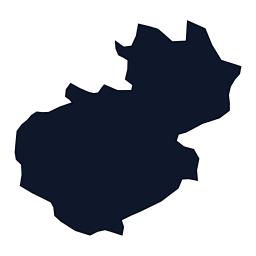 map outline of Santiago (Mercator projection)
{"feature_id": "DOM-1390", "entity_name": "Santiago", "entity_type": "Province", "adm_level": 1, "iso_a3": "DOM", "parent_name": "Dominican Republic", "parent_adm1": "", "projection": "mercator", "projection_center": [-70.906, 19.338], "detail": "fine", "context": "isolated", "style": "filled", "palette": "ink", "viewbox_px": 256, "rotation_deg": 0, "n_neighbors": 0, "source": "natural_earth", "source_scale": "10m", "svg_char_len": 1105}
<svg xmlns="http://www.w3.org/2000/svg" viewBox="0 0 256 256"><path d="M240.6,66.8L239.3,73.7L234.5,79.1L230.1,86.5L228.2,95.0L229.1,102.7L229.1,110.3L224.1,114.1L219.3,117.7L202.3,123.2L186.1,131.8L178.2,134.0L175.9,141.0L183.7,147.0L193.5,149.7L198.6,158.7L196.3,170.3L197.2,180.1L188.8,178.4L181.8,178.8L177.9,188.0L161.0,200.8L141.0,210.6L130.4,215.2L121.0,219.8L123.3,227.1L121.9,234.7L113.6,232.0L105.2,229.4L97.4,231.1L90.0,234.8L75.4,230.2L61.1,221.0L55.0,215.5L54.0,207.0L51.2,201.9L45.9,199.2L32.7,192.7L20.6,185.5L22.3,174.8L21.8,164.4L16.5,159.3L15.4,152.2L16.3,141.6L17.3,131.3L21.9,125.1L27.7,120.2L31.7,115.6L36.7,112.3L42.7,112.9L48.8,112.6L60.5,107.0L72.8,102.8L70.0,99.4L65.8,96.4L66.5,89.6L70.7,83.8L79.7,88.8L89.1,92.8L93.8,93.8L98.4,93.2L101.5,88.8L104.3,85.2L117.6,90.9L131.8,90.8L133.1,84.8L125.7,79.2L128.0,69.4L128.3,60.0L123.5,57.0L118.8,54.7L116.2,48.6L115.7,41.7L123.7,47.4L131.9,46.3L136.6,35.9L138.7,24.4L148.8,26.8L157.7,29.4L164.9,35.6L172.1,42.0L186.5,41.3L187.7,21.2L204.9,28.9L211.6,45.2L221.0,60.5L240.6,66.8Z" fill="#0f172a" stroke="#020617" stroke-width="1.5"/></svg>